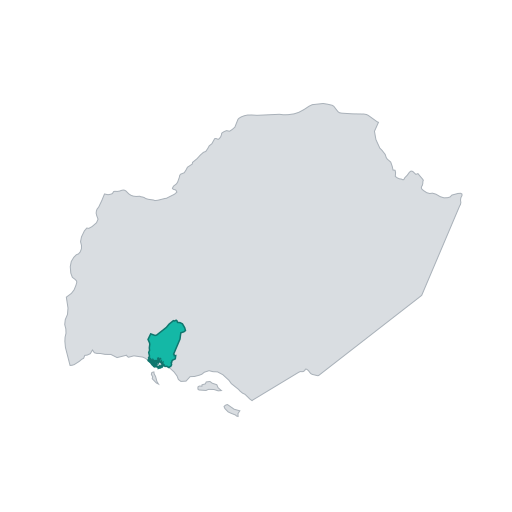 Rufiji, Pwani, United Republic of Tanzania shown in context, rotated 113°
{"feature_id": "72390352B25336426084217", "entity_name": "Rufiji", "entity_type": "district", "adm_level": 2, "iso_a3": "TZA", "parent_name": "United Republic of Tanzania", "parent_adm1": "Pwani", "projection": "mercator", "projection_center": [39.283, -7.991], "detail": "fine", "context": "in_parent", "style": "filled", "palette": "teal", "viewbox_px": 512, "rotation_deg": 113, "n_neighbors": 0, "source": "geoboundaries", "source_scale": "gbopen_adm2", "svg_char_len": 9497}
<svg xmlns="http://www.w3.org/2000/svg" viewBox="0 0 512 512"><g transform="rotate(113 256 256)"><path d="M194.6,351.0L189.5,348.3L184.9,346.7L181.1,344.9L179.4,343.1L175.9,342.4L172.8,342.1L170.0,340.5L164.2,339.9L163.5,338.8L163.4,336.4L162.4,335.7L160.3,335.1L158.0,335.1L156.6,335.5L155.8,335.3L153.9,333.9L152.1,332.1L151.5,329.1L148.8,327.3L145.7,325.8L137.2,326.0L135.9,325.5L133.8,324.0L131.5,321.6L129.5,318.8L127.9,315.1L126.1,310.0L116.4,289.8L115.3,285.9L113.4,281.7L110.3,276.5L107.0,272.7L102.5,269.1L97.4,265.7L94.7,263.3L89.4,253.8L88.3,249.4L87.5,244.8L87.8,242.9L91.1,237.0L91.5,235.3L91.1,233.1L89.4,228.3L87.4,222.6L83.2,212.2L82.6,209.6L82.7,207.6L85.1,197.0L85.1,195.5L94.9,195.7L102.0,191.1L108.3,184.2L109.5,181.3L112.0,176.8L114.5,174.6L115.5,173.1L116.9,168.7L120.2,165.7L123.4,163.4L122.7,161.7L123.2,161.1L124.9,160.0L128.3,158.9L128.9,156.6L128.9,153.9L128.4,152.5L128.5,150.8L128.0,149.8L125.8,149.6L122.5,148.3L119.7,147.7L117.9,147.0L117.2,146.4L116.9,144.8L118.4,140.8L116.9,139.1L120.3,132.4L120.9,131.6L122.2,131.5L124.1,130.8L125.9,130.5L127.4,130.7L128.5,130.5L129.5,129.7L130.3,127.4L131.0,123.6L130.6,120.5L129.2,118.1L128.8,114.5L129.4,109.6L129.0,105.6L127.4,102.3L125.8,100.4L123.4,99.5L119.5,94.5L118.3,92.1L118.5,90.6L119.9,90.0L122.3,90.2L124.6,89.6L126.8,88.3L128.9,87.9L130.0,88.1L227.5,88.1L341.6,151.7L342.1,152.5L343.0,158.0L342.8,159.8L341.0,163.0L340.5,164.7L340.5,165.8L340.9,166.3L342.4,166.4L343.7,167.2L344.2,167.8L345.1,170.1L346.4,171.3L389.7,202.6L390.7,203.1L390.1,205.7L387.6,212.1L387.5,214.8L386.6,217.9L385.6,220.0L383.1,228.9L381.0,232.3L378.2,240.2L377.7,246.2L379.3,250.4L379.9,254.4L383.2,258.2L385.9,259.6L387.7,261.4L390.9,265.5L392.8,269.5L398.5,271.5L400.8,276.1L400.0,279.2L397.3,281.8L394.8,286.0L392.8,291.6L392.7,300.0L394.1,298.8L397.1,300.8L397.5,307.1L394.4,314.3L393.4,317.7L393.3,320.7L395.6,329.4L399.0,333.8L398.8,335.2L397.9,336.4L403.8,344.2L403.3,351.1L405.5,356.4L406.5,361.0L407.9,364.6L408.2,367.0L406.4,369.8L410.7,370.4L413.2,372.7L414.4,374.8L417.5,374.7L419.2,376.1L421.7,377.3L427.0,380.9L428.5,382.7L429.4,384.4L414.6,395.7L409.2,398.6L405.4,400.0L401.4,400.7L397.5,402.5L393.8,405.3L389.1,406.7L383.4,406.7L377.4,408.7L368.0,414.5L362.5,411.3L358.2,410.2L353.2,410.3L350.2,410.7L349.1,411.4L348.2,413.4L347.4,416.7L344.1,419.8L338.4,422.8L333.2,423.9L328.4,423.2L325.1,421.9L323.4,420.2L320.9,419.4L317.6,419.5L314.4,420.8L311.4,423.1L306.6,424.1L300.0,423.8L296.4,422.7L295.9,420.7L293.0,418.4L287.7,415.8L283.8,415.8L281.2,418.3L279.0,419.9L276.9,420.5L275.0,420.6L272.3,419.9L265.0,419.6L258.1,419.7L257.4,416.1L255.9,413.9L254.7,412.6L252.3,412.2L251.6,411.2L250.8,409.0L249.6,407.0L248.1,405.4L247.1,403.9L246.8,402.6L247.0,401.1L248.5,397.4L249.0,394.8L248.8,392.2L248.0,389.5L246.4,386.3L246.5,385.4L246.0,383.3L245.9,381.7L246.2,379.9L245.9,377.4L244.5,372.1L244.5,370.7L243.0,368.1L238.4,362.0L238.2,361.3L230.9,355.1L228.1,353.8L227.0,355.0L226.6,356.0L226.9,358.0L226.7,358.9L226.4,359.4L224.7,359.3L223.7,359.1L220.9,357.5L218.8,357.0L213.5,357.3L211.6,357.7L210.2,357.4L207.4,354.6L204.1,354.0L201.1,353.8L196.3,350.6L194.6,351.0ZM399.3,249.5L401.6,256.1L401.3,257.4L399.7,258.1L398.8,258.2L397.7,257.1L397.0,254.9L395.7,255.4L393.5,252.7L391.4,252.6L389.5,249.4L390.2,246.6L389.8,241.8L392.1,239.4L393.4,235.3L394.9,238.1L395.3,242.5L397.3,247.6L399.3,249.5ZM410.7,209.8L410.9,211.4L410.4,212.8L410.5,217.6L410.4,220.7L408.6,225.0L407.1,226.6L405.8,226.1L404.8,225.4L403.9,224.2L405.6,216.3L404.8,210.4L408.1,211.0L410.7,209.8ZM406.0,306.0L404.3,306.4L403.6,306.0L402.6,304.7L404.4,303.6L406.1,301.4L410.2,298.2L412.0,295.7L411.8,298.2L409.5,303.6L407.5,303.9L406.0,306.0Z" fill="#d9dde1" stroke="#a8b0b8" stroke-width="1"/><path d="M391.3,315.2L391.7,314.6L392.3,314.6L391.7,313.5L392.5,312.3L392.6,311.9L392.3,311.8L392.2,311.7L393.0,312.1L392.7,312.6L392.8,312.7L393.3,312.0L392.5,311.7L392.6,311.4L392.8,311.7L392.8,311.3L392.2,310.7L392.6,310.6L392.1,310.0L391.8,310.1L392.0,309.8L393.2,310.5L393.8,309.9L391.7,308.2L391.3,306.7L391.5,306.7L391.8,306.2L391.6,306.4L390.7,304.7L390.6,305.0L390.4,304.6L390.1,305.0L389.7,304.9L389.8,305.1L389.9,305.3L389.7,305.3L389.8,305.6L389.7,305.7L389.6,305.8L389.4,305.7L389.6,305.4L389.6,305.8L389.6,305.3L389.8,305.3L389.7,305.1L389.4,305.2L389.0,305.8L388.9,305.9L388.7,305.8L388.8,305.8L388.8,306.1L388.7,306.2L388.6,305.9L388.4,305.8L388.1,306.0L387.4,306.1L388.4,305.7L388.6,305.9L388.7,306.1L388.8,306.1L388.8,305.9L388.6,305.8L389.0,305.8L389.2,305.1L389.4,305.1L389.7,305.1L389.8,305.2L389.6,305.0L389.7,304.7L388.7,304.5L387.7,303.9L387.3,303.4L388.9,304.3L389.8,304.3L390.0,304.7L390.4,304.6L390.7,304.7L390.9,304.4L390.9,305.1L391.2,304.2L391.8,304.3L391.2,304.0L391.0,304.3L390.9,303.1L390.4,303.1L390.1,303.6L390.6,302.8L390.3,302.9L390.1,302.5L390.4,302.1L390.0,302.0L390.5,301.8L390.5,301.2L390.8,301.6L391.1,301.4L390.9,301.0L391.3,300.9L391.1,300.7L390.9,300.8L390.8,300.6L391.4,300.7L390.9,300.4L391.3,300.4L391.1,300.0L391.5,300.3L391.6,299.9L392.1,300.4L392.7,300.0L391.6,299.5L391.8,298.9L392.3,299.8L392.6,299.7L392.9,298.9L392.7,299.1L392.6,298.9L393.3,298.7L392.7,297.9L393.2,296.6L392.3,294.9L392.7,292.6L391.4,292.0L391.0,291.4L389.1,291.2L387.2,292.4L386.4,292.0L385.8,292.4L384.6,292.2L382.2,290.1L379.0,291.0L379.7,292.3L378.9,292.7L378.5,293.5L362.2,293.5L356.1,295.2L354.0,292.8L352.2,291.8L349.9,293.6L347.2,297.2L347.0,299.9L347.8,302.3L346.6,303.3L346.3,304.4L347.7,305.7L347.8,306.8L352.7,309.4L356.7,310.6L367.7,316.6L368.6,317.9L368.8,322.5L375.0,322.8L377.5,320.1L378.7,319.3L382.3,318.3L384.4,317.1L386.7,317.1L389.6,315.0L390.5,314.8L391.3,315.2ZM391.3,313.5L391.6,313.2L391.6,313.3L391.3,313.5ZM395.1,309.4L395.4,308.4L394.9,308.8L394.5,309.4L394.3,309.4L394.1,309.2L394.4,308.8L394.0,309.0L393.7,308.8L393.6,309.4L395.2,310.8L395.4,310.0L395.3,311.0L395.5,311.1L396.1,309.5L395.8,309.4L395.8,309.8L395.7,309.2L395.1,309.4ZM392.5,305.3L392.2,304.1L392.3,303.9L391.2,305.5L392.5,305.3ZM395.1,307.5L394.7,307.8L394.6,308.5L394.8,308.5L394.8,308.8L395.4,308.4L395.5,308.3L395.6,308.2L395.8,308.1L395.7,307.9L395.4,307.9L395.1,307.5ZM395.6,306.4L395.4,306.9L395.8,306.7L395.9,306.1L396.0,306.6L396.0,306.0L396.1,306.4L396.5,305.0L396.1,306.2L396.2,305.1L395.9,306.2L395.1,306.4L395.6,306.4ZM395.3,311.6L395.1,312.1L394.6,312.4L394.9,312.5L394.6,313.0L394.8,313.3L395.3,311.6ZM392.5,306.2L391.9,306.3L391.9,307.0L391.6,306.6L391.4,306.9L392.3,307.2L392.1,306.5L392.5,306.2ZM395.7,302.1L395.4,301.8L395.4,302.3L395.3,302.7L395.5,302.2L396.2,302.0L395.7,302.1ZM396.0,307.6L396.2,308.3L395.5,308.3L396.5,308.6L396.4,307.8L396.0,307.6ZM396.9,306.6L396.7,306.3L396.9,306.9L396.4,307.3L397.0,306.8L397.1,307.1L397.1,305.6L396.9,306.6ZM395.0,305.6L394.5,305.6L394.0,306.6L394.3,306.2L395.0,305.6ZM392.4,313.1L391.9,313.3L392.2,313.8L392.4,313.1ZM394.6,311.3L393.9,311.6L393.9,312.4L394.0,311.9L394.6,311.3ZM396.3,300.1L395.1,299.5L396.2,300.4L395.9,300.0L396.3,300.1ZM396.8,301.6L396.3,301.2L396.1,301.6L395.8,301.6L395.9,301.8L396.8,301.6ZM396.2,302.8L396.1,303.2L396.7,303.3L396.8,303.1L396.2,302.8ZM394.8,299.9L394.6,300.2L394.4,299.9L394.2,300.4L394.8,300.3L394.8,299.9ZM394.8,308.9L394.6,308.8L394.3,309.3L394.5,309.3L394.8,308.9ZM395.8,307.2L395.3,307.2L395.3,307.5L395.7,307.3L395.5,307.6L395.8,307.2ZM394.1,305.7L393.6,305.9L393.8,306.3L394.0,306.3L394.1,305.7ZM396.7,305.0L396.7,304.0L396.7,305.0ZM394.7,307.4L394.2,307.4L394.3,307.9L394.7,307.4ZM393.5,312.2L393.2,312.7L393.3,312.9L393.6,312.5L393.5,312.2ZM396.2,310.0L396.5,309.4L396.0,310.0L396.2,310.0ZM390.6,302.3L390.7,302.9L391.0,303.1L391.0,302.8L390.6,302.3ZM395.4,301.0L394.8,300.8L395.4,301.1L395.4,301.0ZM397.6,301.7L397.4,301.9L397.2,301.6L397.0,301.8L397.3,302.1L397.6,301.7ZM394.5,312.4L394.1,312.7L394.2,312.8L394.5,312.7L394.5,312.4ZM395.0,311.1L394.6,311.3L394.5,311.6L394.9,311.5L395.0,311.1ZM394.0,314.5L393.9,314.0L393.8,314.5L394.0,314.5ZM395.2,307.4L395.4,307.9L395.6,307.7L395.4,307.7L395.2,307.4ZM393.9,308.9L394.1,308.6L394.2,308.4L393.9,308.9ZM396.3,303.8L396.1,303.5L396.1,303.9L396.3,303.8ZM396.7,301.3L396.5,300.8L396.3,301.1L396.7,301.3ZM396.1,300.6L395.9,300.3L395.6,300.0L396.1,300.6ZM394.4,314.0L394.2,313.6L394.1,314.5L394.4,314.0ZM397.6,306.3L397.5,307.4L397.7,306.8L397.7,306.5L397.6,306.3ZM393.0,305.8L392.8,306.0L393.0,306.5L392.9,306.1L393.0,305.8ZM394.2,311.2L393.9,311.1L393.8,311.5L394.2,311.2ZM393.5,307.8L393.1,307.6L393.3,308.0L393.5,307.8ZM394.7,299.3L394.4,299.1L394.4,299.5L394.7,299.3ZM394.7,308.8L394.6,308.7L394.4,308.7L394.7,308.8ZM396.8,308.9L396.5,309.1L396.6,309.3L396.7,309.2L396.8,308.9ZM396.8,305.7L396.4,305.5L396.4,305.8L396.8,305.7ZM392.3,304.2L392.4,303.8L392.2,304.2L392.3,304.2ZM395.8,305.5L395.5,305.7L395.6,305.8L395.8,305.5ZM394.7,302.2L394.7,302.4L394.8,302.1L394.7,302.2ZM395.2,305.9L394.8,305.8L395.2,305.9ZM394.6,301.8L394.8,301.9L394.7,301.6L394.6,301.8ZM394.6,311.8L395.1,311.6L394.5,311.6L394.6,311.8ZM395.0,307.5L395.0,307.4L394.8,307.3L395.0,307.5ZM394.1,313.3L393.9,313.3L394.0,313.6L394.1,313.3ZM395.2,300.4L395.0,300.2L394.9,300.4L395.2,300.4ZM392.3,314.1L392.3,314.4L392.3,314.5L392.3,314.1ZM391.0,302.2L390.9,302.5L391.1,302.5L391.0,302.2ZM396.9,302.5L396.6,302.5L396.5,302.8L396.9,302.5ZM394.0,308.3L393.7,308.4L393.9,308.5L394.0,308.3ZM394.1,305.4L394.0,305.7L394.1,305.4ZM394.6,308.0L394.4,308.1L394.6,308.0ZM394.1,304.2L393.9,304.2L394.2,304.5L394.1,304.2ZM392.9,306.3L392.7,305.9L392.6,306.0L392.9,306.3Z" fill="#14b8a6" stroke="#0f766e" stroke-width="1.5"/></g></svg>